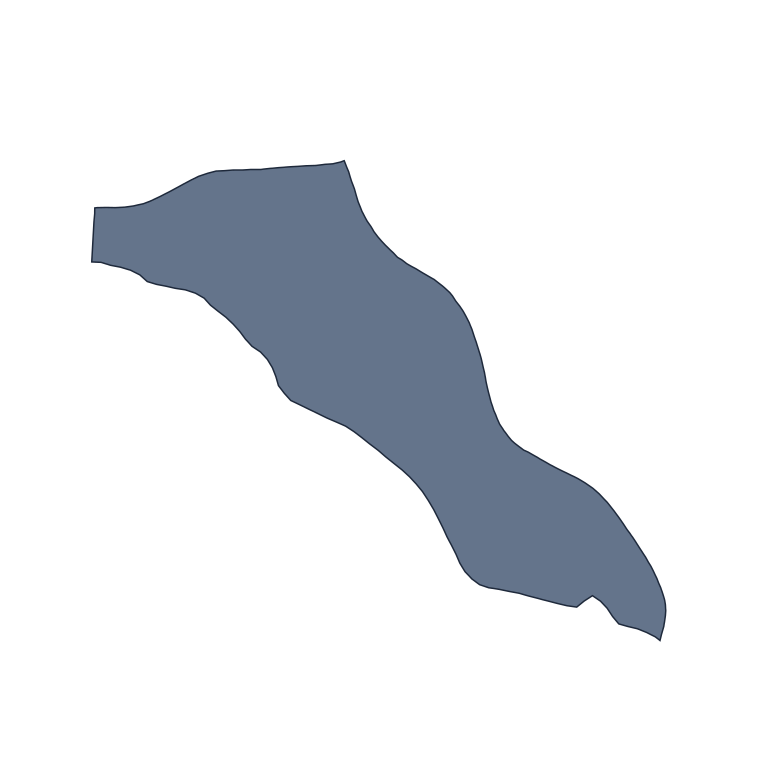 Rakhyah, Hadramawt, Yemen, rotated 278°
{"feature_id": "15242507B88244220380617", "entity_name": "Rakhyah", "entity_type": "district", "adm_level": 2, "iso_a3": "YEM", "parent_name": "Yemen", "parent_adm1": "Hadramawt", "projection": "albers", "projection_center": [47.778, 15.473], "detail": "fine", "context": "isolated", "style": "filled", "palette": "slate", "viewbox_px": 768, "rotation_deg": 278, "n_neighbors": 0, "source": "geoboundaries", "source_scale": "gbopen_adm2", "svg_char_len": 4213}
<svg xmlns="http://www.w3.org/2000/svg" viewBox="0 0 768 768"><g transform="rotate(278 384 384)"><path d="M464.2,77.6L465.1,86.9L464.3,91.8L464.0,93.9L463.5,96.6L463.0,106.9L461.6,115.9L461.5,116.9L458.1,127.0L452.5,135.3L451.0,144.9L450.5,154.7L449.8,162.9L449.7,164.3L449.6,174.1L447.7,184.6L447.0,186.4L444.0,193.9L437.9,201.2L433.0,209.5L428.1,218.2L426.0,221.1L422.3,226.3L416.0,233.8L409.0,240.7L407.5,242.6L402.9,248.1L398.5,257.3L397.6,258.4L392.1,265.1L384.6,271.2L378.8,274.5L376.3,275.9L375.2,276.4L367.7,279.7L360.9,286.6L354.7,294.0L353.2,298.8L351.7,303.5L348.5,313.3L345.4,323.0L343.3,329.4L342.3,332.5L339.7,342.1L338.0,348.1L336.9,351.9L332.6,361.0L327.7,369.7L322.7,378.1L321.6,380.1L317.7,387.1L316.4,389.2L312.1,395.8L306.9,404.6L301.3,414.1L297.2,420.0L295.7,422.2L291.6,427.2L289.6,429.7L282.8,437.1L274.7,444.2L266.7,450.6L258.6,456.3L250.0,462.2L246.6,464.4L241.4,467.7L237.5,470.5L233.7,473.3L226.6,478.2L225.3,479.1L224.8,479.4L217.2,484.0L211.3,488.8L209.3,490.5L205.7,495.1L203.2,498.1L198.6,506.6L196.8,516.0L196.8,520.3L196.8,520.7L196.7,526.4L196.0,537.1L195.6,547.0L194.8,552.3L194.2,556.7L193.1,566.6L192.5,571.1L191.9,576.8L190.8,586.3L189.9,596.1L189.9,596.9L189.9,605.9L197.0,612.5L203.4,619.9L199.1,628.6L193.1,636.1L186.2,642.2L185.6,642.7L179.1,649.9L177.8,659.3L177.5,662.7L176.9,668.9L176.4,671.1L175.7,673.8L174.5,678.7L172.9,683.3L171.4,687.8L169.3,691.5L168.4,693.0L170.2,693.2L174.4,693.6L178.6,694.2L182.8,694.8L185.5,694.8L187.1,694.9L189.7,694.9L193.8,694.9L198.1,694.6L199.1,694.5L200.8,694.1L204.5,693.4L205.5,693.1L209.0,692.0L210.0,691.6L213.3,690.1L217.2,688.2L218.3,687.6L220.9,686.3L223.3,684.8L225.4,683.5L229.4,681.3L233.1,678.8L236.2,676.8L240.5,673.8L241.5,673.0L244.2,670.7L249.0,667.1L250.1,666.1L251.8,664.6L257.2,659.9L262.1,655.7L262.6,655.3L266.9,651.5L268.4,650.0L270.1,648.5L272.5,646.1L273.8,644.8L278.3,640.9L282.0,637.5L283.4,636.2L285.5,634.2L286.6,633.1L287.6,632.1L290.3,629.5L291.8,627.9L294.6,625.0L298.0,621.4L300.8,617.8L305.0,612.6L305.7,611.6L309.7,605.5L310.6,603.8L311.7,601.6L312.3,600.4L314.1,596.8L315.8,592.8L317.3,589.2L318.7,585.2L319.5,582.5L319.9,581.3L321.4,576.8L322.1,574.5L322.8,572.3L324.3,567.8L325.5,564.4L325.8,563.6L326.4,562.0L327.2,559.6L327.5,558.9L328.7,556.0L331.0,550.1L331.3,549.2L331.5,548.8L332.8,545.9L333.4,544.3L335.1,540.0L336.6,536.3L338.0,531.5L339.6,528.7L340.6,526.8L343.5,521.7L344.3,520.5L345.8,518.3L346.3,517.7L349.5,514.2L352.7,511.1L354.6,509.1L356.2,507.8L357.5,506.6L360.3,504.1L363.5,502.1L364.6,501.4L365.6,500.8L369.1,498.9L373.1,496.4L377.1,494.5L381.0,492.5L385.6,490.6L390.1,488.7L394.9,486.8L400.0,484.9L401.8,484.3L404.5,483.5L406.5,482.8L409.3,481.9L414.1,480.0L418.6,478.3L419.4,478.0L422.8,476.7L427.1,474.8L428.7,474.0L431.3,472.8L435.9,470.6L438.5,469.4L439.8,468.7L443.5,466.8L450.3,463.5L454.5,461.0L456.5,459.9L462.5,455.7L466.5,452.7L467.6,451.8L471.6,448.2L476.0,443.6L480.7,439.6L483.6,436.5L487.3,431.2L488.1,430.0L489.3,428.1L492.5,422.5L494.5,419.1L495.1,417.5L495.9,415.5L497.4,411.8L497.7,411.1L499.1,407.6L500.2,405.0L500.9,403.4L502.6,399.5L504.1,395.3L505.4,392.0L506.4,389.6L507.3,388.1L509.3,384.6L511.3,379.8L512.8,377.9L515.1,375.1L517.9,371.1L518.9,369.8L521.6,366.1L524.1,363.0L525.4,361.4L529.1,357.2L532.1,354.2L533.6,352.7L535.6,351.2L538.2,349.1L541.6,345.9L543.0,344.6L545.8,342.5L547.9,341.0L550.2,339.4L551.8,338.2L556.1,335.8L557.1,335.2L560.9,333.0L566.8,330.3L573.0,327.6L576.7,325.6L580.1,323.7L584.7,321.5L586.5,320.7L589.2,319.5L593.7,316.8L597.7,314.6L599.6,313.5L597.8,310.2L594.9,302.6L593.9,297.9L593.3,294.9L592.4,291.7L590.9,286.1L589.3,276.8L589.0,275.3L587.9,270.2L587.5,268.3L586.5,263.1L585.4,257.8L584.6,254.4L583.6,249.6L582.1,243.4L581.7,241.4L580.0,234.7L579.3,232.3L577.8,221.8L576.4,215.1L576.2,213.9L574.9,204.8L573.1,196.6L572.8,195.1L571.5,188.1L568.2,180.2L563.9,171.6L559.5,165.1L557.6,162.5L554.5,158.2L550.6,153.0L549.0,150.8L545.0,145.4L543.8,143.7L541.8,140.8L538.6,136.3L532.9,127.6L532.8,127.4L532.5,127.0L529.0,120.6L527.1,115.4L525.4,111.0L523.0,102.5L521.2,93.1L520.9,90.4L520.2,84.6L518.7,75.3L518.1,73.1L514.7,73.5L512.5,73.8L504.4,74.2L464.2,77.6Z" fill="#64748b" stroke="#1e293b" stroke-width="1.5"/></g></svg>